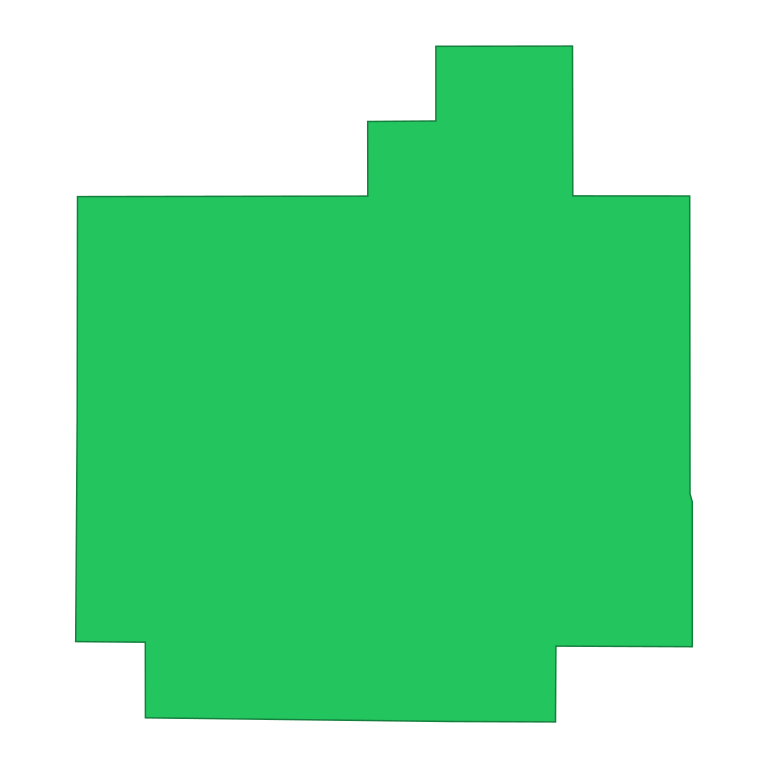 De Baca, New Mexico, United States of America
{"feature_id": "52423323B76308023983940", "entity_name": "De Baca", "entity_type": "district", "adm_level": 2, "iso_a3": "USA", "parent_name": "United States of America", "parent_adm1": "New Mexico", "projection": "equal_earth", "projection_center": [-104.389, 34.387], "detail": "fine", "context": "isolated", "style": "filled", "palette": "green", "viewbox_px": 768, "rotation_deg": 0, "n_neighbors": 0, "source": "geoboundaries", "source_scale": "gbopen_adm2", "svg_char_len": 354}
<svg xmlns="http://www.w3.org/2000/svg" viewBox="0 0 768 768"><path d="M77.2,418.3L75.7,641.6L145.3,642.2L145.4,717.8L450.6,721.5L555.5,721.9L555.9,646.1L692.3,646.7L692.3,502.0L690.0,493.7L689.7,196.0L572.8,195.9L572.5,46.1L435.9,46.3L435.9,121.0L367.7,121.5L367.8,196.1L77.5,196.6L77.2,418.3Z" fill="#22c55e" stroke="#15803d" stroke-width="1.5"/></svg>